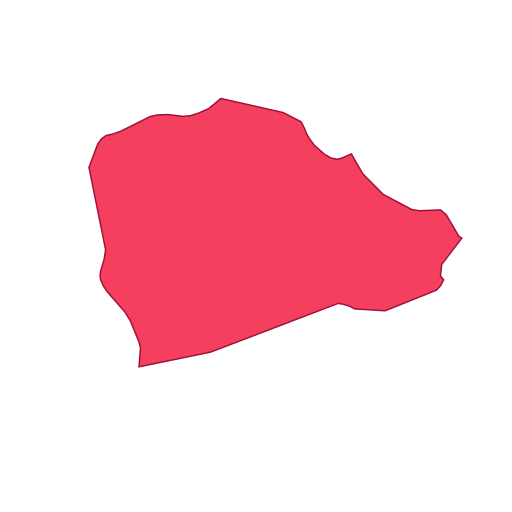 an SVG outline of Thyolo, rotated 290°
{"feature_id": "MWI-1918", "entity_name": "Thyolo", "entity_type": "District", "adm_level": 1, "iso_a3": "MWI", "parent_name": "Malawi", "parent_adm1": "", "projection": "mercator", "projection_center": [35.176, -16.13], "detail": "fine", "context": "isolated", "style": "filled", "palette": "rose", "viewbox_px": 512, "rotation_deg": 290, "n_neighbors": 0, "source": "natural_earth", "source_scale": "10m", "svg_char_len": 873}
<svg xmlns="http://www.w3.org/2000/svg" viewBox="0 0 512 512"><g transform="rotate(290 256 256)"><path d="M384.5,310.7L369.7,328.3L357.4,354.4L352.9,386.7L354.4,394.0L362.4,413.6L359.8,420.7L344.0,439.8L343.1,443.3L342.9,443.2L311.7,433.4L300.4,436.1L297.8,440.5L291.0,439.5L285.7,437.3L248.7,396.1L240.0,366.6L240.8,361.5L240.5,354.3L239.5,349.3L150.2,246.2L111.9,184.0L130.3,178.8L135.4,175.3L152.2,160.0L158.6,151.9L171.3,128.8L175.8,122.6L180.5,118.1L184.2,116.2L188.2,115.2L201.2,114.4L210.5,112.5L282.2,68.7L307.1,69.0L313.4,70.8L317.9,73.9L322.3,80.6L327.2,86.4L350.9,108.9L354.9,115.2L358.8,124.9L362.3,139.9L365.3,146.2L370.5,153.0L378.4,161.2L392.0,169.1L400.1,232.7L397.5,252.6L391.8,258.6L388.1,261.8L384.1,266.6L379.8,273.4L375.0,285.5L373.7,293.1L374.7,299.2L377.1,302.8L384.3,310.5L384.5,310.7Z" fill="#f43f5e" stroke="#9f1239" stroke-width="1.5"/></g></svg>